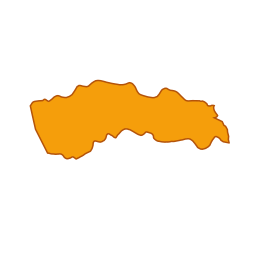 Maganier, Laborie, Saint Lucia, rotated 295°
{"feature_id": "8701671B57020485893312", "entity_name": "Maganier", "entity_type": "district", "adm_level": 2, "iso_a3": "LCA", "parent_name": "Saint Lucia", "parent_adm1": "Laborie", "projection": "robinson", "projection_center": [-60.985, 13.794], "detail": "fine", "context": "isolated", "style": "filled", "palette": "amber", "viewbox_px": 256, "rotation_deg": 295, "n_neighbors": 0, "source": "geoboundaries", "source_scale": "gbopen_adm2", "svg_char_len": 5069}
<svg xmlns="http://www.w3.org/2000/svg" viewBox="0 0 256 256"><g transform="rotate(295 128 128)"><path d="M139.6,202.6L139.9,203.5L140.0,203.8L140.3,204.5L140.7,204.9L141.0,205.4L141.2,205.6L142.5,207.1L142.8,207.2L144.4,208.3L144.6,208.5L145.2,208.7L145.4,208.8L145.8,209.0L146.1,209.1L146.8,209.4L147.1,209.4L149.2,209.4L149.6,209.4L150.0,209.4L150.3,209.4L152.9,209.6L154.9,210.1L155.8,210.2L156.4,210.3L156.7,210.5L157.1,211.0L157.5,211.3L157.5,211.6L157.6,212.3L157.6,213.7L157.4,214.9L157.3,215.3L157.2,215.7L156.6,216.7L156.2,217.4L156.1,217.9L155.8,220.2L157.2,225.8L157.3,225.9L160.0,223.8L163.0,222.7L166.3,220.0L168.6,218.7L170.8,215.7L170.9,213.9L173.6,210.7L173.7,201.8L173.8,201.9L174.1,202.7L175.9,203.8L176.7,203.9L177.2,203.9L178.9,200.8L180.1,199.0L181.4,197.8L182.5,197.1L183.5,196.7L184.7,196.7L184.7,196.3L184.1,194.7L183.6,194.0L182.9,193.5L182.4,192.5L182.1,191.8L182.0,191.0L182.2,190.4L183.3,189.2L183.9,186.8L184.0,185.7L183.9,184.1L183.0,182.8L182.8,181.1L182.4,180.3L181.3,177.8L180.0,174.9L179.4,173.8L177.9,171.1L177.5,169.5L177.4,168.5L177.8,167.1L178.0,166.4L178.5,165.1L179.2,163.0L179.8,161.4L180.3,160.1L180.8,158.7L181.2,157.1L181.3,155.6L181.1,153.9L180.6,152.0L180.1,150.6L180.0,149.5L180.1,147.5L180.3,146.3L179.6,144.7L178.3,143.6L177.6,143.0L176.4,142.5L171.4,141.9L170.2,141.5L169.0,141.3L168.8,141.1L166.6,138.9L165.9,137.5L165.2,135.2L164.5,132.7L163.8,128.2L163.6,126.4L163.5,124.8L163.7,123.4L164.4,122.0L165.2,120.7L166.2,119.5L167.7,117.8L168.5,116.7L169.1,115.5L169.9,113.6L170.1,112.4L169.9,110.9L169.7,110.2L168.8,109.2L166.8,107.4L166.2,106.6L165.1,105.1L163.9,102.7L163.6,102.0L163.1,100.0L162.3,97.3L161.5,94.3L161.0,91.9L160.4,89.3L160.0,86.6L159.3,83.2L158.4,80.7L157.9,79.9L157.1,78.7L155.5,77.5L153.2,76.1L151.7,75.5L149.1,74.4L147.9,73.0L146.8,69.4L146.4,67.0L145.8,65.6L145.0,65.1L144.0,64.4L142.7,64.3L141.6,64.2L139.5,64.0L136.9,63.6L134.6,63.2L131.9,61.6L129.5,59.2L128.8,57.5L128.4,56.1L128.1,55.0L128.0,54.5L128.0,53.6L128.0,52.3L127.7,50.8L126.9,49.6L125.8,48.7L124.7,47.9L122.1,46.9L120.2,45.9L119.1,45.3L118.5,44.5L118.6,43.8L118.7,42.6L119.0,41.3L118.8,40.4L118.6,40.0L118.2,39.8L116.8,39.1L115.9,37.5L114.8,35.5L113.5,33.5L112.5,32.0L111.4,31.0L110.3,30.6L108.9,30.4L107.1,30.2L106.8,30.1L98.8,36.2L87.8,44.7L71.3,65.7L71.4,66.0L71.5,66.3L71.8,67.3L71.9,68.2L72.1,69.3L72.4,70.2L72.8,71.0L73.2,72.2L73.6,73.4L74.1,74.3L74.2,74.5L74.5,75.0L75.0,75.9L75.1,76.2L75.4,76.6L75.8,77.3L76.1,78.6L76.1,78.8L75.9,80.1L75.8,80.3L75.7,80.7L75.6,80.8L75.5,81.1L75.3,81.3L75.2,81.6L74.6,82.5L74.4,83.2L74.4,83.3L74.3,83.5L74.2,85.1L74.6,86.2L74.8,86.5L75.2,87.0L75.5,87.3L75.8,87.7L76.1,87.9L76.2,88.2L77.4,89.1L77.8,89.3L78.2,89.7L78.3,89.8L78.6,90.6L78.4,92.2L78.0,93.7L78.0,93.8L78.1,94.2L79.1,95.0L79.4,95.2L79.4,95.3L79.6,95.4L80.7,96.3L81.2,96.6L81.4,96.7L81.9,97.1L82.8,97.8L83.4,98.3L84.5,99.0L85.6,99.6L86.7,100.2L87.3,100.7L87.6,100.9L90.3,103.1L90.7,103.5L91.3,103.8L94.0,104.1L95.8,103.9L96.2,103.8L97.1,103.7L99.5,102.9L99.9,102.7L101.4,102.8L102.1,103.3L102.2,103.5L102.3,103.6L102.4,104.0L102.6,104.4L102.7,105.0L102.9,106.3L103.1,107.3L103.2,107.5L103.4,108.5L103.5,108.8L104.5,110.0L104.8,110.3L105.5,110.7L106.4,111.4L106.6,111.6L107.9,111.9L108.6,112.1L109.0,112.1L109.7,112.1L110.9,111.9L111.3,111.8L112.0,111.7L112.9,111.6L114.3,112.2L114.7,113.5L114.6,114.1L114.5,114.8L114.4,115.4L114.4,115.9L114.4,116.1L114.4,117.0L113.7,119.4L113.8,120.5L113.9,120.9L114.1,121.1L114.4,121.2L115.4,121.3L116.1,121.4L117.4,121.6L118.0,121.8L118.9,122.2L120.0,122.5L121.0,122.8L122.7,123.3L123.0,123.5L123.3,123.7L124.4,124.4L125.2,125.0L125.5,125.4L125.9,125.6L125.9,125.8L126.1,126.0L126.2,126.4L126.6,127.2L126.7,127.4L126.8,127.7L126.9,128.4L127.0,128.9L127.0,129.3L127.3,130.7L127.1,132.4L127.1,132.8L127.1,133.2L127.0,134.1L126.6,137.9L126.5,139.2L126.5,139.7L126.5,140.5L126.8,142.8L127.4,143.7L128.0,144.1L128.8,144.7L129.5,145.0L130.0,145.3L130.5,145.4L131.2,145.6L131.3,145.7L131.5,145.7L131.6,145.8L131.9,146.0L132.3,146.6L132.4,146.9L132.4,147.1L132.5,147.7L132.6,147.9L132.6,148.5L132.8,149.4L132.8,150.0L133.0,150.8L132.8,152.4L132.7,152.7L132.6,153.0L132.1,153.7L131.9,154.0L131.7,154.3L130.4,155.0L130.0,155.4L129.8,155.6L129.6,155.8L129.1,157.1L128.7,159.0L128.7,159.5L128.7,159.9L128.7,160.2L128.8,161.0L129.0,161.5L129.1,161.8L129.3,162.6L129.5,163.5L129.8,164.6L129.9,164.8L130.0,165.2L130.2,165.7L130.5,166.5L130.6,166.9L130.7,167.1L132.0,169.6L132.1,170.0L132.5,170.6L132.9,171.3L133.1,171.6L134.3,173.2L134.9,174.7L135.1,175.1L135.2,175.3L135.5,175.7L138.5,179.9L139.1,180.6L139.5,181.2L139.9,181.8L140.0,182.0L140.5,182.6L142.3,184.7L142.8,185.6L143.1,186.0L143.3,186.4L143.5,186.7L143.7,187.1L143.8,187.4L144.0,187.9L144.0,188.1L144.1,188.5L144.1,188.8L144.2,189.1L143.9,191.1L143.8,191.6L143.7,192.0L143.5,192.4L143.4,192.9L143.2,193.2L142.8,193.9L142.6,194.4L142.4,194.9L141.9,195.7L141.7,196.2L141.3,196.8L141.1,197.2L141.0,197.3L140.7,198.0L140.3,198.6L140.2,198.7L139.8,199.4L139.8,199.7L139.7,200.4L139.6,202.6Z" fill="#f59e0b" stroke="#b45309" stroke-width="1.5"/></g></svg>